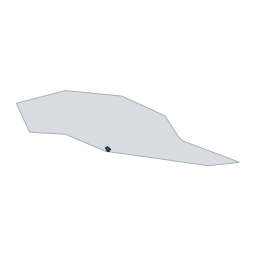 Ngeruliang, Melekeok, Palau shown in context, rotated 91°
{"feature_id": "81905179B10053567804267", "entity_name": "Ngeruliang", "entity_type": "district", "adm_level": 2, "iso_a3": "PLW", "parent_name": "Palau", "parent_adm1": "Melekeok", "projection": "equal_earth", "projection_center": [134.631, 7.506], "detail": "fine", "context": "in_parent", "style": "filled", "palette": "slate", "viewbox_px": 256, "rotation_deg": 91, "n_neighbors": 0, "source": "geoboundaries", "source_scale": "gbopen_adm2", "svg_char_len": 693}
<svg xmlns="http://www.w3.org/2000/svg" viewBox="0 0 256 256"><g transform="rotate(91 128 128)"><path d="M133.9,226.4L105.2,240.0L91.7,191.3L96.2,134.7L115.2,91.3L136.0,77.4L140.2,72.4L160.3,16.0L164.3,47.1L151.6,150.3L135.3,190.5L133.9,226.4Z" fill="#d9dde1" stroke="#a8b0b8" stroke-width="1"/><path d="M147.3,148.2L148.4,149.9L151.8,147.8L151.8,147.7L151.7,147.6L151.7,147.3L151.6,147.2L151.5,146.9L151.4,146.8L151.4,146.7L151.2,146.7L151.2,146.9L150.9,146.9L150.9,146.7L150.7,146.7L150.5,146.4L150.4,146.4L150.4,146.5L150.4,146.4L150.3,146.2L150.2,146.0L150.2,145.9L150.0,145.7L149.9,145.6L149.8,145.4L149.7,145.3L147.3,148.2Z" fill="#64748b" stroke="#1e293b" stroke-width="1.5"/></g></svg>